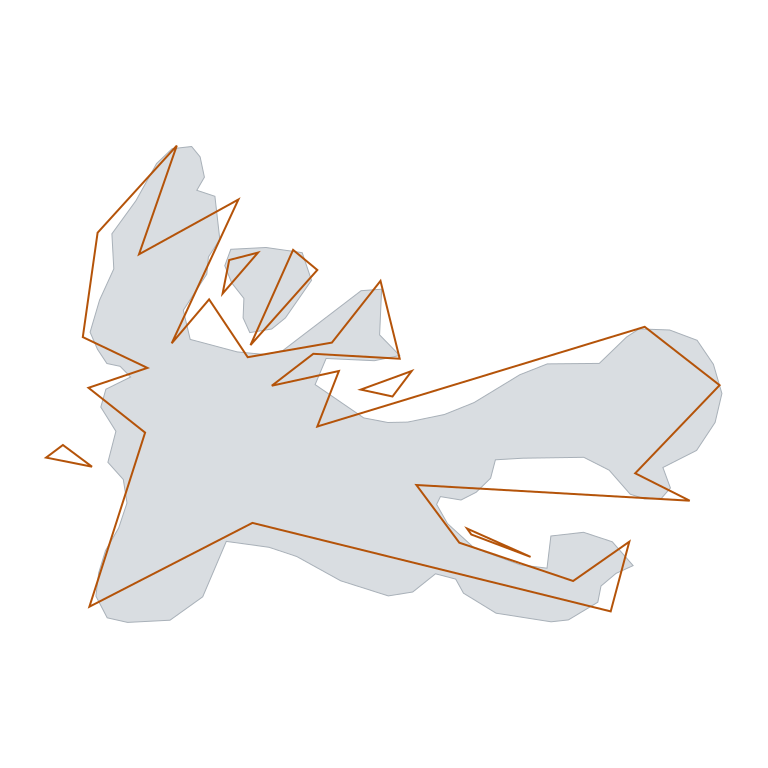 French Southern and Antarctic Lands, with Archipel des Kerguelen highlighted
{"feature_id": "ATF-5916", "entity_name": "Archipel des Kerguelen", "entity_type": "state/province", "adm_level": 1, "iso_a3": "ATF", "parent_name": "French Southern and Antarctic Lands", "parent_adm1": "", "projection": "equal_earth", "projection_center": [69.4, -49.144], "detail": "coarse", "context": "in_parent", "style": "outline", "palette": "amber", "viewbox_px": 768, "rotation_deg": 0, "n_neighbors": 0, "source": "natural_earth", "source_scale": "10m", "svg_char_len": 2114}
<svg xmlns="http://www.w3.org/2000/svg" viewBox="0 0 768 768"><path d="M237.2,351.9L265.6,354.6L283.0,350.4L361.1,290.7L381.6,289.2L379.6,334.9L399.7,355.5L374.3,360.7L326.1,358.5L315.1,384.6L363.7,417.9L387.8,422.5L407.6,422.1L444.4,414.5L474.0,402.6L519.9,374.7L547.3,363.9L599.3,363.4L626.6,337.0L639.1,328.9L669.6,330.0L697.1,340.3L713.4,364.3L721.9,393.5L715.1,422.4L696.6,450.4L662.9,467.5L670.4,488.0L661.4,498.3L644.5,498.9L630.2,494.2L609.2,470.2L583.8,457.3L522.8,458.2L495.4,459.8L490.6,478.2L476.1,492.3L461.0,500.0L440.4,496.6L436.6,504.4L447.5,523.6L474.1,547.9L520.1,564.8L547.0,568.2L550.9,536.0L583.5,532.3L612.3,541.8L633.1,565.6L616.0,573.4L601.0,586.0L597.8,602.2L568.4,619.9L551.1,621.8L496.1,613.2L463.5,593.2L455.7,579.1L435.5,573.8L412.7,592.0L388.3,595.9L340.7,580.8L296.7,556.5L269.1,547.3L226.3,541.4L202.7,596.8L170.0,620.2L127.6,622.4L107.2,617.8L95.9,596.1L98.7,572.8L105.5,550.6L118.7,527.9L127.0,503.0L123.3,479.5L107.9,462.3L115.9,431.3L100.8,407.1L105.9,389.2L130.6,377.0L120.1,366.3L106.9,363.5L97.5,349.3L90.1,332.2L99.6,300.0L113.8,268.9L111.9,233.8L136.0,200.6L156.6,163.5L172.1,148.7L191.6,146.5L200.1,156.9L204.4,177.2L196.8,190.3L214.9,196.3L219.8,239.4L208.4,257.0L206.8,274.1L183.3,310.3L190.2,339.4L237.2,351.9ZM271.7,329.0L249.8,332.6L243.1,317.9L243.9,298.4L231.7,282.9L224.8,265.7L230.8,249.3L266.0,247.5L302.2,252.7L311.5,280.3L285.4,317.9L271.7,329.0Z" fill="#d9dde1" stroke="#a8b0b8" stroke-width="1"/><path d="M719.6,385.2L635.2,473.3L689.7,500.7L416.4,485.0L459.3,542.7L573.1,581.0L629.3,541.7L610.7,611.4L252.4,522.9L89.4,606.7L145.1,432.6L88.5,387.8L147.4,367.9L82.8,337.1L97.6,232.7L176.8,145.6L139.0,254.3L238.4,199.5L171.7,343.3L209.1,299.4L247.7,357.2L331.9,342.6L380.5,280.9L399.7,358.7L313.3,353.8L271.8,385.7L338.9,371.0L317.3,426.5L644.7,326.8L719.6,385.2ZM250.5,345.1L293.1,249.9L317.3,270.0L250.5,345.1ZM229.2,260.0L258.0,252.6L222.6,293.6L229.2,260.0ZM62.9,445.0L92.0,466.7L46.1,457.6L62.9,445.0ZM530.6,556.9L471.3,534.5L467.1,528.6L530.6,556.9ZM392.5,396.5L360.8,389.6L411.7,371.0L392.5,396.5Z" fill="none" stroke="#b45309" stroke-width="2"/></svg>